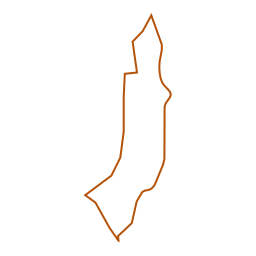 the border of Amudat
{"feature_id": "UGA-5616", "entity_name": "Amudat", "entity_type": "District", "adm_level": 1, "iso_a3": "UGA", "parent_name": "Uganda", "parent_adm1": "", "projection": "natural_earth1", "projection_center": [34.883, 1.791], "detail": "fine", "context": "isolated", "style": "outline", "palette": "amber", "viewbox_px": 256, "rotation_deg": 0, "n_neighbors": 0, "source": "natural_earth", "source_scale": "10m", "svg_char_len": 586}
<svg xmlns="http://www.w3.org/2000/svg" viewBox="0 0 256 256"><path d="M151.3,15.4L161.8,44.6L161.8,49.8L159.6,61.8L159.3,67.0L159.6,72.5L160.5,77.9L162.2,82.6L164.2,85.4L169.7,91.3L170.8,94.3L170.0,97.2L165.6,103.5L164.6,106.8L164.4,159.0L163.0,164.8L155.6,182.8L154.0,185.9L151.6,188.5L149.3,189.7L144.4,190.8L142.1,192.2L136.7,201.4L131.8,223.1L118.0,236.1L118.5,240.6L118.3,240.5L109.5,227.8L95.4,202.5L85.2,195.2L99.2,184.7L111.4,175.6L120.3,157.6L123.7,131.8L123.7,97.0L124.8,73.8L137.0,72.5L132.6,41.6L142.6,31.3L151.3,15.4Z" fill="none" stroke="#b45309" stroke-width="2"/></svg>